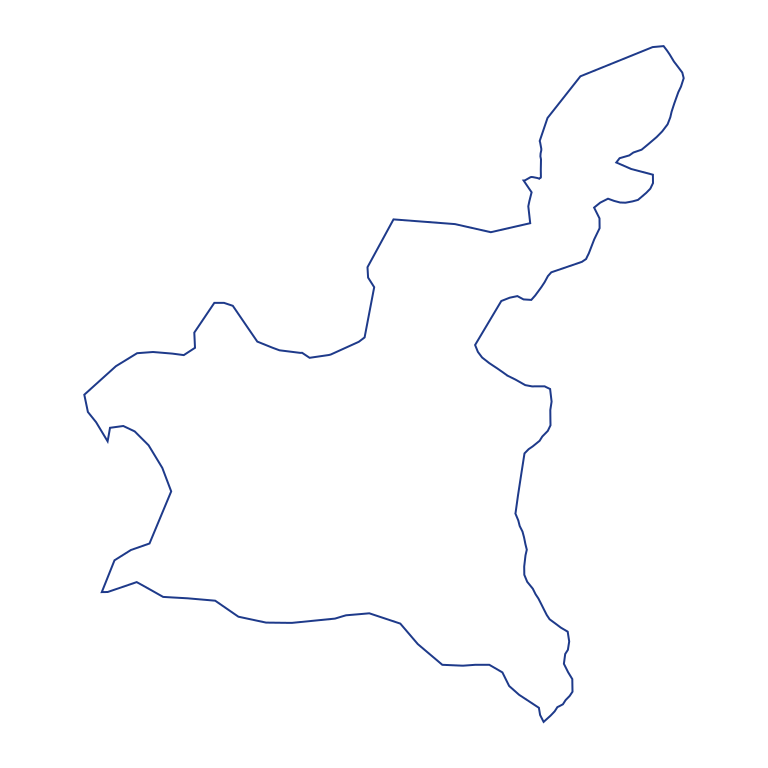 Ukwa East, Abia, Nigeria
{"feature_id": "59680162B72042998542035", "entity_name": "Ukwa East", "entity_type": "district", "adm_level": 2, "iso_a3": "NGA", "parent_name": "Nigeria", "parent_adm1": "Abia", "projection": "albers", "projection_center": [7.459, 4.962], "detail": "fine", "context": "isolated", "style": "outline", "palette": "blue", "viewbox_px": 768, "rotation_deg": 0, "n_neighbors": 0, "source": "geoboundaries", "source_scale": "gbopen_adm2", "svg_char_len": 2823}
<svg xmlns="http://www.w3.org/2000/svg" viewBox="0 0 768 768"><path d="M663.6,46.1L652.6,47.1L580.4,76.3L547.5,118.0L539.7,141.0L540.1,142.3L541.3,148.8L541.3,150.2L540.6,153.4L540.4,156.3L541.0,159.4L540.8,169.5L540.9,177.2L540.5,177.9L539.6,178.2L539.2,178.7L538.8,178.5L537.3,178.0L534.8,177.5L532.8,177.1L531.5,177.0L530.5,177.2L524.9,180.4L523.6,180.5L531.6,192.3L529.4,201.0L528.3,206.3L530.2,223.2L490.8,232.2L455.0,224.1L393.5,219.4L367.5,267.2L367.9,274.4L368.1,277.6L374.2,287.2L364.6,337.4L358.8,341.8L330.8,354.5L328.9,355.0L309.6,357.8L302.1,352.8L300.4,352.9L279.5,350.3L272.7,347.8L257.3,341.6L248.1,328.2L232.8,305.8L224.1,302.9L214.3,302.9L194.3,332.6L195.0,347.8L183.8,355.1L172.3,353.6L153.0,352.0L137.1,353.2L115.9,366.2L84.3,394.7L87.9,412.0L96.1,422.2L107.6,441.3L108.8,434.8L110.0,427.8L123.3,426.0L134.7,431.4L148.6,445.3L162.3,467.9L171.2,491.4L149.5,543.5L130.9,550.0L114.5,560.3L101.8,592.1L107.7,592.0L136.7,582.1L151.8,590.5L163.1,596.9L171.4,597.4L187.5,598.3L193.3,598.8L215.2,600.7L233.9,613.6L238.4,616.7L258.5,621.0L266.1,622.6L291.7,622.9L335.0,618.6L341.9,616.5L346.0,615.3L359.1,614.2L369.3,613.3L400.3,623.6L417.8,644.1L442.3,664.8L462.9,665.7L475.3,664.8L489.3,664.8L502.4,672.4L509.1,685.9L509.5,686.3L519.1,694.8L538.9,707.8L540.1,715.0L543.6,721.9L550.6,715.6L554.7,711.3L557.4,707.1L559.1,706.3L562.9,704.3L565.6,700.1L569.7,695.9L572.5,691.7L572.4,686.1L572.3,679.1L568.1,672.2L563.9,663.8L565.2,654.0L567.9,649.8L569.2,641.5L567.7,631.7L560.8,627.6L555.2,623.4L549.6,619.3L548.3,617.3L546.8,615.1L544.0,609.6L541.2,604.0L538.4,598.5L535.6,594.3L532.8,588.7L527.2,581.8L524.3,574.8L524.2,566.5L525.5,555.3L526.8,549.7L525.4,544.1L524.6,540.1L524.0,537.2L522.5,531.6L519.7,526.0L518.3,520.5L515.4,513.5L515.6,512.6L518.0,495.4L519.5,485.6L521.2,474.5L524.3,454.6L524.5,453.4L528.6,449.2L532.7,446.4L539.6,440.8L542.3,436.5L547.8,430.9L550.5,425.3L550.4,419.7L550.3,410.0L551.6,401.6L550.1,389.0L546.1,387.1L544.6,386.3L537.7,386.3L532.1,386.4L525.2,385.1L515.5,379.6L507.2,375.5L507.2,375.4L497.4,368.5L492.7,365.4L489.1,363.0L482.1,357.5L478.2,352.3L477.9,351.9L475.1,345.0L501.3,301.0L509.7,297.7L517.4,296.1L523.5,299.4L531.3,299.9L535.2,295.5L541.3,287.2L544.6,282.2L547.9,276.1L551.3,272.3L582.0,261.8L582.4,261.5L586.1,259.0L587.1,256.8L588.8,253.4L591.5,246.4L594.2,239.4L599.6,228.2L599.5,218.4L594.1,207.6L597.3,205.0L600.3,202.6L608.0,198.7L614.1,200.9L620.1,202.5L625.5,202.7L632.5,201.4L638.0,199.9L646.2,192.9L650.3,188.7L653.0,183.1L652.9,174.7L631.2,169.0L616.3,162.5L619.6,158.2L629.3,155.4L633.4,152.5L641.6,149.7L648.5,144.0L656.7,137.0L662.2,131.4L667.6,124.3L670.3,117.3L671.6,111.7L674.3,103.4L678.3,92.2L681.0,86.6L682.4,82.2L683.7,78.2L682.3,72.6L678.1,67.0L673.9,61.5L669.7,54.5L666.9,50.4L663.6,46.1Z" fill="none" stroke="#1e3a8a" stroke-width="2"/></svg>